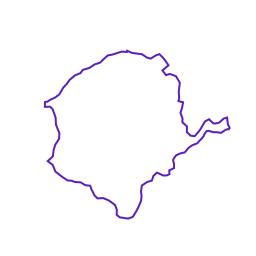 Prastio Avdimou, Limassol, Cyprus (Robinson projection), rotated 36°
{"feature_id": "46923920B98437819833460", "entity_name": "Prastio Avdimou", "entity_type": "district", "adm_level": 2, "iso_a3": "CYP", "parent_name": "Cyprus", "parent_adm1": "Limassol", "projection": "robinson", "projection_center": [32.781, 34.724], "detail": "fine", "context": "isolated", "style": "outline", "palette": "violet", "viewbox_px": 256, "rotation_deg": 36, "n_neighbors": 0, "source": "geoboundaries", "source_scale": "gbopen_adm2", "svg_char_len": 1642}
<svg xmlns="http://www.w3.org/2000/svg" viewBox="0 0 256 256"><g transform="rotate(36 128 128)"><path d="M45.6,155.7L48.3,159.7L52.6,156.5L55.9,157.1L60.7,160.3L63.6,162.4L67.8,167.7L75.6,172.6L78.6,177.3L79.0,184.3L80.8,189.5L83.9,195.2L82.5,202.0L88.8,202.1L94.8,205.9L103.4,206.2L109.9,206.0L111.2,205.2L113.1,203.9L116.8,202.9L121.6,199.8L126.9,199.4L131.4,196.9L134.3,199.0L138.2,201.0L140.0,202.1L144.7,202.9L149.1,199.3L155.1,197.9L162.8,197.9L167.0,200.7L169.9,204.9L173.8,205.1L180.5,201.7L181.8,200.7L184.1,197.1L183.7,191.1L182.8,185.3L181.4,179.3L179.2,175.4L175.8,171.6L173.0,166.4L175.3,160.3L178.2,156.5L176.7,151.8L177.7,147.0L184.2,145.8L187.1,143.7L188.7,141.0L188.0,140.1L186.3,138.0L188.8,133.4L186.4,130.0L183.3,127.5L182.9,125.3L183.1,121.5L185.3,117.7L188.3,114.3L188.6,108.8L189.6,105.5L190.5,103.6L193.0,99.7L193.3,96.5L193.9,92.9L193.9,89.7L193.4,87.5L193.4,84.4L194.7,83.0L199.6,81.2L202.5,79.1L206.1,77.3L207.9,72.4L209.4,70.2L210.4,69.6L210.2,68.2L206.5,66.2L202.0,61.3L199.9,64.1L198.6,70.1L195.8,73.3L194.0,74.1L188.4,73.3L186.4,77.6L187.3,85.9L187.3,89.6L186.7,95.5L183.0,97.4L178.0,96.7L174.8,92.1L168.6,91.4L166.5,88.2L161.5,84.9L159.9,79.9L157.4,74.8L153.1,76.6L151.8,73.7L147.8,68.9L143.3,60.9L136.3,57.9L130.0,59.7L127.7,62.9L122.0,61.2L123.9,53.6L121.6,52.6L115.2,50.6L110.0,49.8L107.8,53.0L105.6,58.5L101.9,59.9L96.0,60.1L87.1,64.9L81.9,66.0L82.4,67.1L77.9,70.0L72.3,77.7L69.1,81.1L67.7,86.8L67.0,91.5L63.5,96.4L61.5,102.1L57.3,107.5L57.3,111.5L54.1,116.7L52.5,123.4L52.5,128.6L51.9,133.5L52.7,141.3L51.0,146.5L48.4,151.0L47.4,154.0L45.6,155.7Z" fill="none" stroke="#5b21b6" stroke-width="2"/></g></svg>